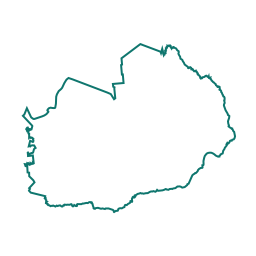 the district of South Waikato District, Waikato, New Zealand, rotated 265°
{"feature_id": "76426892B10420121574176", "entity_name": "South Waikato District", "entity_type": "district", "adm_level": 2, "iso_a3": "NZL", "parent_name": "New Zealand", "parent_adm1": "Waikato", "projection": "natural_earth1", "projection_center": [175.86, -38.168], "detail": "fine", "context": "isolated", "style": "outline", "palette": "teal", "viewbox_px": 256, "rotation_deg": 265, "n_neighbors": 0, "source": "geoboundaries", "source_scale": "gbopen_adm2", "svg_char_len": 5770}
<svg xmlns="http://www.w3.org/2000/svg" viewBox="0 0 256 256"><g transform="rotate(265 128 128)"><path d="M56.9,44.0L57.1,44.6L57.0,45.9L57.3,46.6L56.1,48.9L56.9,50.2L56.4,51.1L56.8,52.6L56.8,53.7L55.7,54.9L55.5,55.6L55.6,56.0L56.5,56.8L56.4,57.5L57.1,57.8L57.2,58.1L56.8,59.9L56.9,60.8L56.6,63.2L57.1,64.7L56.8,65.2L55.4,65.6L54.8,66.1L54.8,66.8L56.0,67.7L54.8,69.2L54.7,69.8L54.9,70.4L56.2,70.4L56.6,71.0L56.2,75.0L56.7,76.1L56.6,77.0L57.0,80.0L56.7,81.4L57.5,82.9L57.4,84.7L57.0,85.4L56.4,85.0L55.4,86.1L53.9,86.2L51.7,86.8L51.1,86.7L50.5,87.3L50.5,88.2L50.8,88.3L51.0,89.0L51.1,91.1L49.9,94.1L50.1,95.5L49.3,98.0L49.8,98.8L49.5,101.7L47.8,105.7L47.0,106.5L45.7,106.6L45.5,106.8L46.5,108.7L46.4,109.8L46.6,110.7L48.1,111.3L48.5,111.9L48.8,113.2L48.5,114.8L49.3,116.5L49.5,117.5L50.7,117.9L51.5,118.4L51.6,118.9L51.3,120.0L52.4,121.4L53.1,123.2L53.7,123.7L55.0,124.1L55.0,124.5L54.2,125.0L54.1,125.5L54.6,125.8L57.0,125.7L58.8,126.7L59.0,127.1L58.2,127.7L58.2,128.4L59.1,129.3L59.9,128.8L60.3,128.9L60.5,130.2L61.5,131.8L61.6,132.9L62.1,134.8L61.6,135.7L61.6,136.7L61.2,137.7L61.5,140.1L61.4,142.0L62.4,144.1L62.8,145.5L62.6,146.8L62.9,147.8L62.1,149.7L62.5,150.5L63.8,151.6L62.8,152.5L62.9,157.0L63.4,159.1L63.9,160.0L63.8,160.6L63.4,161.0L62.9,162.9L63.6,164.2L63.6,166.4L63.4,166.8L63.8,167.7L64.0,170.0L65.4,172.1L65.3,174.5L64.9,175.5L63.9,176.8L64.2,179.3L66.0,182.0L66.9,182.3L67.2,183.5L75.3,188.0L76.3,189.4L76.6,190.3L77.3,191.0L77.2,191.6L77.5,192.1L79.0,193.7L79.9,194.0L81.0,195.2L81.8,196.8L81.9,198.6L82.2,198.8L84.4,198.8L84.5,199.8L85.2,200.1L88.5,200.3L91.7,201.3L93.5,202.1L95.2,203.7L95.8,204.5L96.2,205.7L96.3,207.6L96.0,209.1L95.2,210.5L94.1,211.9L93.0,212.9L92.3,214.0L91.6,215.3L91.6,216.6L92.4,216.7L92.9,217.6L93.7,218.0L94.4,220.1L97.1,220.9L98.5,222.1L99.9,222.8L101.8,224.6L102.7,225.2L103.2,224.7L104.6,225.7L103.9,226.4L103.9,226.7L104.8,227.7L106.2,228.4L106.6,229.2L106.3,230.2L107.2,230.8L107.5,232.4L108.5,233.2L110.4,233.9L114.9,233.4L115.8,232.6L117.5,232.1L118.0,231.4L118.5,231.6L119.3,230.0L120.8,228.3L121.2,228.4L121.8,228.8L123.5,228.3L126.0,228.2L129.2,229.6L131.1,230.0L131.7,229.5L132.3,228.7L133.6,228.5L137.1,226.8L142.0,225.5L143.2,225.7L144.3,226.4L145.1,226.5L146.2,226.3L147.1,226.5L147.2,226.3L148.5,226.8L149.9,226.8L150.7,226.5L151.2,225.7L152.5,225.5L152.9,225.1L155.1,224.5L155.6,224.0L156.7,224.0L157.6,223.5L157.8,223.0L158.2,222.5L158.8,222.9L161.0,222.8L161.5,221.9L161.0,221.2L161.1,220.8L162.3,220.2L162.9,219.4L164.2,219.1L164.8,218.3L166.0,217.4L166.3,216.8L167.5,216.0L167.8,215.5L169.3,215.0L169.3,214.7L170.1,214.1L171.0,214.4L170.7,213.4L170.8,213.0L172.2,212.9L171.6,212.6L171.7,212.3L172.3,211.5L173.0,211.1L173.3,210.5L173.0,209.5L172.4,208.9L172.1,208.0L172.0,206.4L171.3,206.2L171.2,205.9L171.4,205.3L171.0,205.4L170.9,204.8L171.7,204.3L173.2,204.2L173.7,203.7L174.6,203.1L174.8,202.6L175.3,202.1L176.0,202.3L176.0,202.1L176.5,202.0L176.8,201.7L178.1,201.4L178.4,200.5L178.8,200.7L179.2,200.6L178.7,199.4L178.8,198.8L179.3,198.7L179.8,198.0L180.7,197.8L180.8,197.3L181.3,197.1L181.4,196.7L180.8,196.6L180.9,196.2L181.8,196.3L182.5,196.1L183.2,195.2L183.1,194.9L182.6,194.5L182.3,193.3L181.8,192.9L182.8,193.2L183.6,193.0L186.3,190.0L188.3,189.3L189.6,188.5L191.2,188.0L192.5,186.3L194.6,186.1L195.8,185.4L197.6,184.7L199.2,185.2L200.1,185.1L201.2,183.8L203.0,182.9L204.0,181.1L204.5,180.8L204.7,180.3L204.3,179.9L204.0,180.1L203.9,180.0L203.9,179.6L204.4,179.4L204.2,178.6L203.5,178.3L205.1,177.4L205.9,177.7L206.6,177.2L206.6,176.9L206.0,176.6L206.5,175.6L206.2,175.3L206.5,174.6L205.9,174.7L205.6,173.7L205.1,173.3L204.8,173.3L204.9,173.9L204.5,173.8L204.2,173.5L204.1,172.8L203.6,172.9L203.4,172.6L202.6,172.3L202.3,172.5L201.9,172.0L201.7,172.4L201.3,172.4L201.0,172.2L200.9,171.8L200.3,172.0L199.7,171.9L199.6,171.6L199.1,171.8L198.9,171.2L199.0,170.8L198.6,170.5L198.4,170.8L198.0,170.7L198.1,170.0L197.8,170.2L197.5,170.0L203.9,169.0L199.8,167.4L201.2,167.0L210.5,147.6L198.0,127.6L191.7,127.6L191.3,126.6L181.8,126.6L181.8,127.5L173.2,127.5L173.2,116.8L170.4,116.9L169.7,118.1L168.5,117.8L158.7,117.9L157.9,116.6L163.3,113.8L165.1,110.5L181.3,77.0L183.0,73.1L181.6,71.0L180.6,70.2L178.3,68.5L173.8,65.9L172.6,64.7L170.8,62.2L167.7,60.1L165.4,59.2L158.4,58.3L154.7,57.3L154.3,56.8L154.3,56.2L154.5,54.4L155.0,52.7L154.6,51.0L153.6,49.8L152.7,49.2L152.3,49.3L151.4,50.1L150.9,50.0L148.9,47.9L147.8,45.8L147.1,43.6L145.2,35.7L145.3,34.5L146.9,32.6L147.7,32.2L156.5,29.0L150.5,25.9L149.3,24.4L138.6,32.8L138.0,32.8L135.0,31.7L134.8,31.0L135.2,31.2L135.3,31.1L135.5,30.0L135.2,29.9L134.9,28.7L135.6,28.7L137.2,28.2L137.1,27.6L136.1,26.7L135.6,26.6L135.4,27.2L134.3,27.1L133.8,27.3L133.7,27.7L133.4,27.9L133.7,28.3L133.6,28.6L133.0,28.5L132.8,28.1L132.5,28.5L131.6,28.3L130.6,28.7L130.6,29.0L127.3,28.7L127.6,29.0L127.0,30.7L126.6,30.5L126.5,31.9L125.6,32.6L125.5,32.4L125.0,32.3L123.9,32.7L122.6,32.4L122.4,32.0L123.8,29.4L118.3,27.5L118.4,28.4L118.8,28.5L118.7,28.7L118.8,28.9L118.7,29.0L119.1,29.1L118.7,29.6L119.1,31.0L118.8,33.0L116.2,34.2L115.7,33.2L115.1,32.5L111.8,31.3L111.4,30.3L111.5,29.9L111.2,29.2L111.2,28.7L110.3,27.0L110.5,27.1L112.3,26.2L112.2,26.0L108.8,26.0L108.9,30.8L101.8,31.0L102.1,30.5L101.4,30.6L101.5,30.0L101.3,29.3L101.1,29.1L100.7,29.3L100.8,28.7L101.2,28.3L100.7,28.2L100.8,27.6L100.6,27.3L100.1,27.4L99.9,26.7L100.5,25.9L101.6,26.0L101.4,25.6L101.6,25.1L101.0,24.8L101.5,24.4L101.0,24.2L100.5,24.9L100.2,24.6L100.2,24.3L100.6,24.0L101.0,22.1L99.0,22.6L98.8,23.1L99.0,24.3L92.5,24.1L92.1,25.6L88.5,25.4L84.2,29.1L82.0,30.1L76.7,24.3L75.9,25.0L74.2,23.9L72.1,25.5L67.3,39.6L65.4,39.0L65.2,39.9L64.0,39.6L63.2,40.3L62.2,40.1L61.7,40.8L61.2,39.9L60.3,39.7L59.4,41.3L58.9,41.1L58.1,41.8L57.9,42.8L56.9,44.0Z" fill="none" stroke="#0f766e" stroke-width="2"/></g></svg>